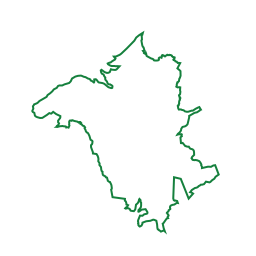 Las Vigas de Ramírez, Veracruz, Mexico (orthographic projection), rotated 100°
{"feature_id": "50627088B43841606180493", "entity_name": "Las Vigas de Ramírez", "entity_type": "district", "adm_level": 2, "iso_a3": "MEX", "parent_name": "Mexico", "parent_adm1": "Veracruz", "projection": "orthographic", "projection_center": [-97.091, 19.617], "detail": "fine", "context": "isolated", "style": "outline", "palette": "green", "viewbox_px": 256, "rotation_deg": 100, "n_neighbors": 0, "source": "geoboundaries", "source_scale": "gbopen_adm2", "svg_char_len": 5771}
<svg xmlns="http://www.w3.org/2000/svg" viewBox="0 0 256 256"><g transform="rotate(100 128 128)"><path d="M207.6,116.8L207.8,116.2L207.0,114.4L207.0,113.6L207.5,112.3L207.9,111.8L208.7,111.4L209.0,110.8L208.9,107.8L207.3,106.9L206.5,106.7L202.1,106.8L200.4,105.4L198.3,104.7L196.6,104.7L195.9,104.4L196.8,103.2L199.0,102.6L199.3,102.1L202.2,101.6L203.8,101.6L206.2,102.8L207.0,103.4L208.5,103.3L208.6,102.9L208.4,102.6L207.7,102.0L207.4,101.5L206.1,100.6L204.9,96.6L207.3,94.4L208.1,94.1L208.8,94.2L209.3,94.9L210.2,97.1L211.9,98.5L212.2,101.0L217.1,102.0L218.1,102.0L219.0,101.5L220.3,101.5L220.7,101.0L221.7,101.0L222.6,100.1L223.0,99.4L222.7,98.8L221.7,97.7L219.8,97.2L218.7,97.3L216.7,93.9L215.5,89.9L213.9,87.3L213.9,86.2L214.4,84.0L217.9,82.6L221.4,81.7L222.6,81.1L222.7,80.3L223.2,79.9L223.6,78.7L224.3,77.6L222.9,75.4L222.8,74.8L223.4,73.8L220.4,75.5L216.2,77.2L215.8,76.7L211.1,74.5L210.0,73.6L209.8,72.9L209.5,73.1L209.3,73.5L209.0,73.6L208.1,73.3L207.3,72.8L206.3,73.3L206.1,73.9L205.1,74.5L204.9,75.0L204.7,75.0L203.0,73.7L202.0,73.7L200.5,72.3L200.2,72.3L198.9,72.9L198.0,72.9L197.1,72.5L196.1,71.1L195.3,69.0L193.5,67.2L193.2,66.6L193.2,65.9L191.4,66.9L191.2,68.9L191.5,69.5L191.1,70.4L189.5,71.2L168.5,74.1L168.9,67.2L187.0,56.0L181.3,52.5L180.5,54.3L180.4,55.6L178.0,54.4L175.5,51.7L174.8,50.0L174.0,49.0L172.9,48.3L172.4,47.5L171.1,46.3L171.0,45.3L170.1,43.4L167.3,41.9L167.4,38.3L166.8,37.5L164.7,36.0L163.0,34.2L160.8,33.3L158.1,30.6L149.5,35.7L150.1,37.5L151.8,39.5L152.2,42.5L154.6,48.2L153.4,48.4L151.9,49.5L151.2,49.4L149.6,50.6L148.3,52.0L147.8,54.2L147.8,56.2L148.1,56.8L148.2,58.6L147.8,59.3L147.3,59.4L146.7,60.2L145.3,59.8L143.0,58.2L140.2,58.8L138.7,59.4L137.9,60.5L137.7,61.3L137.6,62.7L137.3,63.5L135.8,64.9L136.1,66.5L135.8,67.8L135.9,68.4L133.2,71.6L133.7,72.8L133.7,73.2L128.3,74.7L127.9,74.6L126.8,73.6L126.0,74.1L125.3,73.8L124.9,74.0L124.8,74.4L125.2,75.5L125.3,76.8L126.0,78.2L125.2,77.9L123.4,76.4L122.1,75.7L121.1,75.4L119.4,75.4L117.5,74.5L116.5,72.2L115.4,70.9L113.9,70.0L106.6,69.6L105.5,69.9L101.5,65.1L100.5,62.7L98.2,60.3L97.8,60.2L97.3,59.4L95.0,61.4L95.8,62.7L97.3,64.7L99.7,67.2L99.8,68.2L101.5,71.5L101.8,72.8L101.7,74.9L100.9,76.2L100.8,78.3L100.5,79.1L101.0,81.1L100.0,81.9L97.6,82.8L97.1,82.1L96.6,82.0L96.4,82.3L95.1,81.8L94.8,82.0L93.3,82.2L91.6,82.1L91.2,81.7L90.5,81.9L89.8,81.7L89.4,82.3L88.8,82.0L88.3,82.7L87.2,83.4L86.7,83.4L86.4,83.0L85.6,82.6L83.2,82.7L81.8,83.3L78.9,83.6L78.9,84.5L79.4,86.3L78.9,87.6L77.4,87.3L76.6,87.6L75.3,87.4L74.8,87.0L74.4,87.3L73.1,86.0L70.4,86.0L69.6,85.6L67.4,85.3L62.9,86.2L62.2,87.1L60.7,89.7L55.0,87.9L55.0,89.2L55.3,90.4L54.2,91.6L54.2,92.8L53.3,93.6L53.2,94.9L52.7,95.2L50.9,94.2L50.4,94.3L50.2,95.3L50.3,96.1L49.6,97.3L49.1,97.4L48.7,98.7L49.0,99.7L48.8,100.0L49.3,101.0L49.1,101.9L49.4,102.0L49.5,102.6L51.1,104.0L50.9,104.9L50.5,105.1L50.2,106.2L50.2,106.8L50.5,107.1L51.2,107.3L51.6,107.0L53.0,107.2L52.8,108.0L53.0,109.0L53.4,109.5L53.9,109.8L55.4,109.4L56.1,110.0L56.5,111.1L56.9,113.3L56.8,114.3L56.0,114.9L55.6,116.0L55.6,117.0L54.0,121.7L53.6,122.3L51.7,123.0L50.9,123.5L52.0,123.8L51.5,125.2L51.0,125.1L49.5,126.6L48.9,125.2L45.9,126.7L45.3,127.6L44.1,128.3L39.6,130.0L39.1,129.9L38.6,129.6L35.6,130.3L34.8,130.7L34.4,130.6L33.9,130.1L31.7,129.9L34.6,133.1L37.5,135.6L40.9,136.9L50.0,143.1L55.9,147.5L57.3,148.8L59.7,152.3L60.1,154.3L61.2,153.2L61.7,152.4L62.8,152.7L65.0,155.2L66.4,156.4L67.0,157.8L68.0,159.2L68.7,158.7L69.6,156.3L69.8,154.9L69.3,152.3L69.3,150.8L69.0,149.7L68.7,147.1L72.1,149.3L72.9,150.2L73.1,151.2L73.3,153.6L73.1,155.0L76.2,155.7L77.2,157.3L77.4,158.5L77.0,160.8L75.3,164.2L76.0,164.8L77.7,164.2L79.0,163.2L79.6,161.3L81.1,160.4L82.3,159.1L83.6,159.0L84.5,158.5L85.8,156.9L87.0,156.1L87.7,155.8L88.2,154.9L88.3,153.9L88.2,153.0L88.4,152.8L88.7,151.6L89.4,150.6L89.8,150.5L91.2,150.5L91.6,151.4L91.3,154.0L91.0,154.8L88.6,159.0L88.2,160.8L88.2,164.7L87.6,165.7L86.7,166.5L85.7,167.8L85.6,168.3L86.0,169.7L86.3,169.7L86.8,169.3L88.8,169.3L89.1,169.5L88.0,171.6L87.7,173.0L86.7,173.6L86.3,175.0L86.3,175.9L85.3,178.6L85.2,180.5L84.6,182.9L84.6,183.6L85.3,186.3L86.5,188.8L89.0,191.7L92.0,192.5L93.9,193.8L96.1,198.2L97.5,200.1L98.0,203.0L98.9,204.3L100.8,205.1L102.9,207.8L105.0,208.9L107.3,210.7L109.5,212.9L111.5,213.6L116.8,219.9L118.8,221.3L119.6,222.2L121.1,224.6L121.8,224.7L123.1,225.4L125.4,224.6L127.7,225.2L128.3,225.0L128.8,224.4L129.3,222.9L132.0,221.8L132.7,220.7L133.1,219.3L133.4,216.3L132.9,214.1L129.1,210.0L127.0,208.1L127.2,206.6L127.1,206.0L125.1,204.5L126.8,201.1L128.0,196.7L129.1,196.5L130.0,196.6L132.9,198.1L134.5,197.8L135.4,196.7L135.8,196.8L137.1,197.2L138.4,198.4L139.0,198.3L139.3,198.6L139.2,197.7L138.0,195.2L137.9,194.4L137.4,192.9L137.5,192.2L137.3,189.6L137.6,189.1L138.2,188.9L137.6,187.0L137.8,186.6L135.8,186.1L134.8,186.6L133.8,186.6L132.3,187.0L131.4,186.9L130.8,186.6L130.6,186.0L130.7,184.8L130.1,184.5L130.0,183.9L130.4,182.2L130.5,179.1L131.0,177.9L130.8,177.9L130.7,177.0L130.5,176.8L130.4,176.0L131.2,175.0L132.1,175.6L132.8,173.8L133.5,173.1L133.8,171.5L134.8,170.4L135.4,170.8L135.9,170.7L137.1,169.6L138.4,169.0L139.5,167.9L139.7,167.0L140.2,166.3L142.5,164.6L146.0,162.9L146.8,161.0L147.4,160.6L149.5,160.5L150.4,160.7L150.8,161.2L151.7,161.4L152.6,161.2L153.4,161.0L157.9,158.4L159.2,158.1L159.1,154.5L160.8,153.0L162.5,152.1L163.7,151.7L165.9,151.5L167.7,149.9L168.3,149.7L169.3,149.8L171.2,147.8L173.7,147.1L175.0,146.4L175.6,145.4L176.6,145.4L178.5,144.6L178.9,144.0L179.6,141.8L180.4,141.3L180.4,140.3L180.6,140.0L183.5,138.7L184.4,136.9L184.3,136.4L186.2,135.0L187.2,134.4L190.0,133.5L190.9,133.5L191.6,133.9L198.8,131.2L198.3,118.7L200.1,118.5L200.7,117.4L202.7,116.4L203.6,116.3L204.0,114.5L205.8,115.2L206.9,116.4L207.6,116.8Z" fill="none" stroke="#15803d" stroke-width="2"/></g></svg>